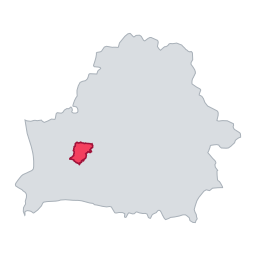 Baranovichy, Brest, Belarus (highlighted)
{"feature_id": "67162791B97838850570601", "entity_name": "Baranovichy", "entity_type": "district", "adm_level": 2, "iso_a3": "BLR", "parent_name": "Belarus", "parent_adm1": "Brest", "projection": "orthographic", "projection_center": [25.916, 53.118], "detail": "fine", "context": "in_parent", "style": "filled", "palette": "rose", "viewbox_px": 256, "rotation_deg": 0, "n_neighbors": 0, "source": "geoboundaries", "source_scale": "gbopen_adm2", "svg_char_len": 6893}
<svg xmlns="http://www.w3.org/2000/svg" viewBox="0 0 256 256"><path d="M222.6,187.6L218.0,187.7L212.5,188.2L209.6,190.6L206.2,189.8L203.9,191.2L198.8,197.5L196.9,200.8L195.2,205.9L194.2,209.6L195.0,212.1L196.2,214.4L196.6,216.9L197.2,218.9L196.0,220.5L195.3,222.6L192.9,222.4L190.0,220.6L189.2,217.7L186.9,215.8L185.4,214.8L183.0,214.8L179.3,216.0L174.3,217.0L170.6,217.4L168.6,218.5L165.6,219.6L164.4,218.5L162.6,215.3L161.1,212.1L160.1,210.7L159.2,210.3L158.2,210.4L157.1,211.5L156.3,212.6L153.2,214.0L151.9,215.2L150.5,218.3L149.4,218.1L148.4,217.5L147.1,214.1L145.4,213.4L142.8,213.5L139.5,212.9L136.8,211.9L135.9,212.2L134.3,213.7L132.6,213.9L128.9,212.8L128.2,213.4L126.1,217.2L125.1,217.4L124.5,216.9L124.8,213.7L122.6,212.6L118.9,212.5L116.4,213.0L115.1,212.9L114.5,212.3L111.3,206.9L109.6,206.5L106.6,206.9L102.3,206.3L97.2,205.1L94.5,204.7L93.0,203.4L89.9,203.0L81.6,200.8L78.2,200.4L73.2,200.3L65.6,199.7L60.7,200.0L58.5,200.7L55.9,201.1L46.8,201.6L43.6,202.2L42.6,203.3L41.5,205.8L37.7,210.0L34.0,212.8L33.3,213.0L31.2,211.4L29.5,210.9L27.4,210.6L25.9,211.1L24.9,211.8L25.0,215.1L24.8,215.4L23.3,211.4L23.5,207.8L24.5,205.8L25.6,204.0L25.3,201.2L26.4,197.5L26.5,194.9L26.1,193.7L25.3,192.4L23.0,190.8L22.0,189.7L18.9,188.0L15.8,186.0L15.4,184.8L15.5,184.0L16.1,182.8L18.6,179.3L21.3,176.0L23.0,174.6L31.9,170.5L33.3,169.0L33.7,166.4L33.7,161.1L33.3,156.2L32.8,152.9L31.3,146.6L27.2,133.5L25.0,120.0L26.7,120.8L30.8,121.3L34.0,120.4L35.7,120.4L37.1,120.7L41.4,120.1L42.4,121.3L44.3,122.4L48.0,120.9L51.4,119.1L54.8,119.4L55.3,118.5L56.2,113.7L57.2,112.7L61.3,113.2L62.8,112.4L64.4,110.1L66.8,108.6L68.8,108.7L70.9,107.0L71.9,108.1L72.4,110.1L71.7,111.7L72.0,112.3L73.5,113.1L75.9,113.1L77.5,112.4L77.9,111.5L77.9,109.9L77.5,108.4L76.5,107.0L74.5,106.4L73.1,106.3L72.9,105.5L73.4,103.7L74.6,100.4L76.1,97.5L77.0,96.4L77.2,95.3L77.0,93.5L77.0,90.3L78.3,85.8L80.1,82.4L82.5,81.3L85.4,80.7L87.2,79.1L88.1,77.2L88.9,74.3L89.8,73.7L96.8,74.0L97.8,71.1L98.4,70.3L99.7,69.4L100.7,68.4L100.3,67.6L98.5,67.1L94.3,66.7L93.5,65.7L93.8,64.5L94.8,61.5L95.9,57.6L96.4,54.6L96.4,52.9L97.0,52.4L100.4,51.8L101.5,51.2L104.3,47.1L106.5,46.3L112.2,47.3L114.8,47.2L118.1,47.4L118.4,46.9L119.5,42.9L124.9,36.3L127.8,33.9L129.7,33.4L130.3,33.5L133.4,36.8L134.1,36.9L136.1,35.4L139.5,35.2L141.2,36.3L143.6,40.4L144.8,40.9L148.1,38.4L149.9,37.5L151.1,37.5L157.6,40.4L158.1,41.5L158.2,42.7L157.4,46.5L158.9,48.8L160.5,50.3L163.6,47.5L164.8,46.7L166.1,46.6L167.8,45.6L169.0,44.0L170.2,43.5L172.6,43.7L176.7,43.1L181.8,45.1L182.3,45.8L184.9,48.3L185.9,49.6L186.7,49.9L188.1,51.2L189.9,51.9L191.1,51.5L191.7,51.9L192.4,52.9L192.5,54.7L192.7,59.7L191.1,62.5L191.0,63.4L191.1,64.5L192.7,66.6L194.7,69.8L195.3,71.7L195.4,73.2L193.2,77.7L192.5,78.8L192.0,80.9L191.9,83.1L192.1,84.0L196.6,87.1L199.8,88.8L200.6,89.6L200.7,90.2L199.3,94.0L199.2,95.0L201.8,96.3L203.4,98.6L204.9,102.5L207.6,106.0L217.0,110.8L217.8,111.7L218.2,112.9L218.1,115.5L216.9,120.5L218.5,121.1L222.4,120.6L227.3,120.8L233.4,123.7L233.6,125.3L233.1,126.8L233.6,128.2L234.4,129.4L239.8,132.8L240.4,133.9L240.6,135.8L240.6,137.2L239.3,137.6L237.8,138.4L235.4,140.3L234.6,142.7L230.8,146.3L228.3,148.0L226.3,148.2L221.4,148.0L219.6,146.5L218.8,145.1L216.8,144.6L214.4,144.8L211.0,145.3L210.3,145.8L209.9,147.6L208.7,150.8L207.8,152.6L212.6,158.3L215.0,160.7L215.8,162.2L215.8,163.2L214.9,164.6L215.3,167.2L217.7,170.4L217.0,171.0L217.1,175.2L217.5,179.7L218.1,180.7L219.4,181.5L220.5,183.1L222.4,186.6L222.6,187.6Z" fill="#d9dde1" stroke="#a8b0b8" stroke-width="1"/><path d="M82.2,142.9L81.9,142.9L81.5,142.7L81.2,142.4L80.8,142.1L80.6,142.3L80.2,142.6L80.0,142.8L79.9,142.9L79.7,142.8L79.6,142.6L79.3,142.6L79.0,142.7L78.8,142.9L78.6,143.0L78.3,143.1L78.1,142.9L77.7,142.8L77.4,142.7L77.2,142.3L76.8,142.3L76.7,142.4L76.5,142.6L76.0,142.9L76.0,143.0L75.8,143.4L75.7,143.5L75.4,143.7L75.2,143.8L75.2,144.2L75.2,144.4L75.3,144.6L75.3,144.9L75.4,145.1L75.2,145.4L75.1,145.6L75.0,145.9L75.1,146.2L74.8,146.3L74.6,146.3L74.2,146.5L74.4,147.0L74.2,147.5L74.0,147.8L73.9,148.0L73.8,148.4L73.8,148.6L73.8,149.1L73.9,149.3L73.9,149.5L73.7,149.7L73.6,149.9L73.4,150.2L73.3,150.4L73.3,150.6L73.4,150.8L73.8,151.0L74.1,151.3L74.2,151.5L74.1,151.9L74.1,152.2L74.1,152.4L74.2,152.6L74.2,153.1L74.2,153.3L73.9,153.6L73.7,154.1L73.7,154.5L73.8,154.9L73.8,155.3L73.7,155.6L73.5,155.9L73.2,156.0L72.9,156.0L72.7,156.1L72.5,156.4L72.3,156.7L72.1,157.0L71.8,157.2L71.3,157.4L71.1,157.5L70.7,157.7L70.4,157.8L70.3,158.0L70.3,158.3L70.2,158.5L69.8,158.7L69.8,159.1L70.0,159.2L70.3,159.2L70.6,159.2L70.9,159.1L71.0,159.0L71.3,159.0L71.5,159.2L71.7,159.3L71.9,159.3L72.0,159.4L72.2,159.5L72.4,159.5L72.6,159.6L72.9,159.6L73.1,159.7L73.3,159.8L73.6,159.8L73.8,159.9L73.9,160.0L74.0,160.1L74.0,160.3L73.9,160.4L73.9,160.6L74.0,160.7L74.0,160.8L74.1,161.0L74.4,161.2L74.6,161.3L74.9,161.4L75.0,161.5L75.3,161.8L75.5,162.0L75.8,162.1L75.9,162.3L76.0,162.4L76.1,162.6L76.3,162.7L76.5,162.7L76.8,162.6L77.0,162.8L77.2,163.0L77.3,162.9L77.5,162.9L77.9,163.0L78.0,163.2L78.2,163.4L78.4,163.5L78.6,163.7L78.8,163.8L79.0,164.0L79.2,164.3L79.3,164.5L79.7,164.1L79.8,163.9L80.0,163.6L79.8,163.4L79.7,162.9L79.8,162.8L80.0,162.7L80.4,162.7L80.6,162.6L80.7,162.4L80.8,162.3L81.0,162.2L81.3,162.1L81.5,162.3L81.6,162.2L81.6,161.8L81.6,161.7L81.5,161.4L81.5,161.2L81.5,160.9L81.6,160.7L81.8,160.7L82.0,160.6L82.3,160.3L82.4,160.2L82.6,160.3L82.6,160.5L82.8,160.9L83.1,161.0L83.2,160.9L83.4,160.8L83.7,160.6L83.7,160.4L83.5,160.2L83.4,160.2L83.2,160.0L83.1,159.9L83.2,159.7L83.3,159.6L83.5,159.5L83.7,159.8L83.8,159.8L84.0,159.8L84.1,159.6L84.2,159.4L84.2,159.1L84.4,159.0L84.6,158.8L84.7,158.7L85.0,158.6L85.3,158.6L85.5,158.5L85.5,158.3L85.4,158.3L85.4,158.1L85.5,157.9L85.8,157.7L86.0,157.4L86.0,157.1L86.1,156.9L86.1,156.6L86.1,156.3L86.2,156.0L86.3,155.9L86.4,155.7L86.2,155.4L86.2,155.2L86.2,154.6L86.2,154.2L85.9,154.0L85.8,153.9L85.7,153.8L85.8,153.7L86.1,153.5L86.2,153.4L86.3,153.1L86.5,152.9L86.9,152.9L87.1,152.7L87.3,152.7L87.5,152.7L87.7,152.4L87.7,152.2L87.7,151.9L87.8,151.7L88.2,151.6L88.4,151.7L88.5,151.8L88.8,151.9L88.9,152.0L89.0,151.9L89.3,151.8L89.6,151.8L89.8,152.1L89.8,152.4L89.9,152.5L90.0,152.6L90.3,152.5L90.5,152.3L90.6,152.1L90.9,151.9L91.3,151.8L91.5,151.7L91.4,151.3L91.3,151.0L91.0,150.7L90.7,150.6L90.3,150.6L90.1,150.5L89.9,150.3L89.9,150.0L89.9,149.8L90.3,149.7L90.6,149.5L90.7,149.2L90.7,148.8L90.8,148.7L91.1,148.7L91.3,148.5L91.3,148.3L91.4,147.8L91.6,147.8L92.1,147.8L92.4,147.7L92.6,147.5L92.6,147.1L92.6,146.7L92.6,146.2L92.8,145.9L92.8,145.7L92.7,145.4L92.4,145.4L92.2,145.2L92.2,144.9L92.3,144.6L92.2,144.2L92.0,143.7L91.4,144.0L91.0,144.0L90.6,143.9L90.3,143.7L89.8,143.6L89.1,143.6L88.4,143.5L87.6,143.5L86.8,143.4L86.0,143.3L85.8,143.3L85.5,143.1L85.3,143.1L85.1,143.3L84.9,143.5L84.5,143.5L84.1,143.5L83.9,143.2L83.6,143.0L83.2,143.0L82.9,143.0L82.6,143.0L82.3,142.9L82.2,142.9Z" fill="#f43f5e" stroke="#9f1239" stroke-width="1.5"/></svg>